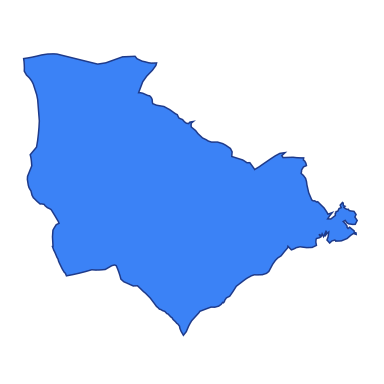 Cornea, Caras-Severin, Romania, rotated 268°
{"feature_id": "2599482B15009159935229", "entity_name": "Cornea", "entity_type": "district", "adm_level": 2, "iso_a3": "ROU", "parent_name": "Romania", "parent_adm1": "Caras-Severin", "projection": "robinson", "projection_center": [22.32, 45.012], "detail": "fine", "context": "isolated", "style": "filled", "palette": "blue", "viewbox_px": 384, "rotation_deg": 268, "n_neighbors": 0, "source": "geoboundaries", "source_scale": "gbopen_adm2", "svg_char_len": 4333}
<svg xmlns="http://www.w3.org/2000/svg" viewBox="0 0 384 384"><g transform="rotate(268 192 192)"><path d="M222.2,304.8L222.2,303.9L222.4,300.6L222.7,297.4L223.2,294.2L223.2,284.2L224.2,283.6L225.2,283.0L228.1,286.4L227.7,282.6L227.5,281.1L225.3,276.6L222.4,271.8L216.3,262.2L215.0,260.3L212.3,255.4L212.6,255.3L219.3,250.8L219.3,248.0L221.4,245.1L222.3,243.7L223.6,240.0L226.1,233.0L228.4,233.2L230.7,233.5L234.2,231.9L237.6,227.3L239.3,224.4L241.0,219.3L241.2,213.2L242.4,210.0L243.7,208.1L245.7,204.3L250.2,199.9L253.2,197.8L256.9,193.6L258.2,193.4L260.8,193.6L262.4,195.7L261.9,192.3L261.2,191.6L260.5,191.0L260.9,188.8L262.5,186.8L264.7,185.1L266.3,181.6L267.8,180.8L269.8,180.0L270.9,178.0L274.8,173.0L278.4,167.0L280.0,159.5L281.7,155.8L283.2,155.5L284.5,155.5L285.8,155.4L287.2,154.9L288.6,154.0L289.6,153.0L290.0,151.2L292.4,146.3L293.0,143.9L293.1,142.1L303.9,146.6L309.5,150.9L315.1,156.7L319.7,160.3L322.2,161.1L322.2,156.8L322.2,155.9L322.7,153.1L323.5,150.5L323.8,149.5L324.5,146.7L325.8,144.2L327.1,141.7L328.3,140.8L329.6,139.8L329.5,127.3L324.1,110.4L323.1,102.2L334.5,62.1L334.6,61.4L334.9,58.4L334.9,55.5L334.9,52.6L334.6,49.7L334.2,46.4L333.2,41.6L332.3,36.7L331.7,32.6L331.2,28.4L328.1,28.7L324.9,28.8L321.8,28.8L318.6,28.6L314.6,30.7L313.2,32.1L311.7,33.5L310.0,34.7L308.3,35.8L305.5,37.1L294.6,40.2L289.6,41.0L268.3,41.9L261.7,41.3L255.2,40.5L248.7,39.5L242.3,38.2L234.9,31.6L232.6,32.1L230.3,32.4L228.0,32.6L225.6,32.7L223.8,32.8L213.4,28.2L210.4,27.9L204.6,28.6L202.2,29.2L200.2,30.2L198.7,31.1L194.4,32.0L191.7,33.3L191.2,33.9L188.1,36.8L185.3,39.8L185.4,41.1L184.8,43.8L183.4,44.7L181.4,46.9L180.3,49.1L179.4,50.5L178.5,51.1L172.3,54.6L167.1,57.4L165.3,58.0L165.2,57.7L164.1,55.2L161.2,53.2L158.7,51.7L152.1,51.0L142.7,51.2L142.5,50.6L138.7,51.8L138.1,52.1L136.4,52.9L131.4,54.8L129.8,55.7L127.4,56.3L125.6,57.0L123.1,58.1L120.8,59.1L118.7,60.1L117.6,60.8L116.4,61.4L115.7,62.1L115.2,62.6L112.6,63.6L113.6,70.0L114.8,76.4L116.2,82.8L117.8,89.1L117.4,92.5L117.3,95.9L117.4,99.2L117.6,102.6L121.2,109.3L121.8,112.0L121.1,113.7L117.7,115.0L114.4,116.1L110.9,117.1L107.4,117.9L104.7,120.7L100.1,130.1L100.2,130.8L100.2,132.6L100.2,134.2L98.9,135.5L94.1,140.1L92.5,142.0L87.6,146.5L81.9,150.5L78.9,152.5L77.4,154.2L76.1,155.3L75.6,156.8L74.5,158.4L73.6,160.7L71.4,162.6L70.9,163.8L68.9,165.6L68.1,166.2L67.0,167.7L65.3,168.6L63.3,170.6L62.9,171.0L61.3,172.2L60.6,173.2L58.4,174.8L57.1,175.0L56.0,175.2L53.0,176.3L49.9,178.0L49.1,178.4L52.6,181.4L55.4,182.7L58.2,184.0L60.8,185.5L63.4,187.2L71.1,194.7L72.5,195.7L74.8,202.4L76.3,207.0L76.2,208.9L76.1,210.8L77.0,214.7L78.7,217.2L80.6,218.8L80.2,219.6L81.3,220.5L82.7,221.0L84.9,222.6L85.3,223.3L86.5,226.0L87.4,226.7L91.3,229.6L96.3,233.0L101.5,240.3L103.1,242.6L104.4,244.8L104.8,245.7L106.2,248.4L106.8,250.4L107.1,251.4L106.9,254.0L106.9,259.4L108.1,263.6L109.9,266.0L117.0,270.1L120.8,273.0L123.1,275.4L125.1,278.8L129.1,282.2L132.7,285.5L134.4,286.0L133.6,286.7L132.8,287.4L130.7,289.3L130.9,290.0L131.2,290.8L131.4,291.4L132.0,292.9L132.7,294.1L133.5,298.1L133.1,300.3L132.4,304.8L132.4,307.0L132.4,307.7L132.4,310.1L134.3,314.5L137.6,314.0L140.2,314.3L141.2,314.8L141.8,317.6L142.6,319.1L145.3,317.4L143.7,319.9L145.6,320.6L142.8,321.9L148.1,324.6L147.9,324.8L143.0,323.1L146.0,325.5L147.2,327.2L142.5,326.5L139.3,325.2L137.8,326.5L136.2,327.8L138.2,330.1L139.0,333.0L138.3,334.1L137.9,334.0L137.9,338.0L138.0,339.7L140.1,345.4L143.3,349.3L144.9,351.9L143.9,354.6L145.4,354.5L146.0,352.8L147.6,352.6L149.2,350.7L151.3,348.3L150.1,346.7L151.1,345.8L152.6,345.7L154.6,344.4L156.5,342.8L157.2,342.1L158.3,344.1L155.8,345.8L154.6,347.7L154.4,349.4L154.2,350.3L154.0,351.2L154.0,354.0L157.8,356.1L161.3,353.9L163.8,355.2L167.0,353.2L167.6,349.6L168.1,348.3L169.3,347.6L169.2,346.2L170.3,344.5L171.2,343.3L172.1,344.0L172.4,344.4L173.1,342.8L175.7,342.7L176.3,342.0L173.7,339.6L171.1,340.6L170.4,338.4L167.7,337.0L167.4,335.3L165.7,334.8L165.6,334.4L163.5,334.4L160.2,329.8L160.4,326.6L163.5,328.8L166.5,331.4L165.1,327.1L167.5,325.9L171.5,323.4L177.9,317.3L177.6,316.3L178.9,314.3L178.9,312.8L179.9,311.4L187.2,308.6L195.1,307.1L198.3,306.8L201.6,306.0L204.5,304.0L206.8,301.7L208.8,302.2L210.2,302.3L213.2,304.3L214.4,307.3L216.9,306.8L217.4,306.5L218.9,305.8L220.1,304.4L221.0,304.6L222.2,304.8Z" fill="#3b82f6" stroke="#1e3a8a" stroke-width="1.5"/></g></svg>